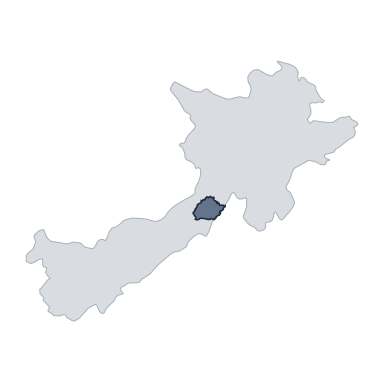 Viengthong, Bolikhamxai, Laos (highlighted), rotated 93°
{"feature_id": "54806243B87134843513913", "entity_name": "Viengthong", "entity_type": "district", "adm_level": 2, "iso_a3": "LAO", "parent_name": "Laos", "parent_adm1": "Bolikhamxai", "projection": "orthographic", "projection_center": [104.389, 18.699], "detail": "fine", "context": "in_parent", "style": "filled", "palette": "slate", "viewbox_px": 384, "rotation_deg": 93, "n_neighbors": 0, "source": "geoboundaries", "source_scale": "gbopen_adm2", "svg_char_len": 7853}
<svg xmlns="http://www.w3.org/2000/svg" viewBox="0 0 384 384"><g transform="rotate(93 192 192)"><path d="M129.2,34.5L131.1,38.1L140.0,47.9L141.6,50.5L144.9,52.6L147.6,61.2L148.7,61.7L150.3,61.2L151.4,60.0L152.4,56.6L153.0,56.3L154.0,59.0L156.6,59.9L157.7,61.1L158.0,63.2L157.6,65.3L155.4,70.2L154.1,76.7L162.9,91.0L166.6,92.9L175.5,95.3L181.6,98.4L184.4,97.7L187.1,94.2L190.3,92.2L196.3,89.2L198.1,89.1L201.4,90.3L206.8,93.8L215.1,100.4L214.8,102.1L213.3,103.8L208.9,106.5L207.5,108.1L208.3,108.8L212.0,109.2L216.4,110.7L217.7,112.4L218.4,116.3L219.2,117.0L223.3,116.6L224.5,117.1L226.0,118.4L227.4,121.7L227.4,124.1L223.4,128.4L222.9,131.0L220.8,134.1L215.3,139.2L213.8,139.5L203.6,136.7L195.5,137.1L194.9,138.2L196.2,141.3L196.6,144.4L195.3,146.7L190.7,149.7L190.5,151.1L191.4,152.4L198.2,155.2L219.9,170.0L229.9,172.8L234.2,174.7L235.4,175.7L235.3,177.0L234.2,178.7L233.3,181.6L233.2,183.3L234.3,185.0L236.0,187.5L242.1,193.2L246.6,194.5L251.4,200.9L252.8,206.5L255.1,210.1L266.6,222.2L276.1,229.7L281.9,237.7L284.6,239.5L285.5,242.4L286.3,250.9L289.7,255.2L290.4,256.9L291.8,258.1L293.4,258.3L296.8,255.5L297.4,255.9L299.0,260.4L300.4,262.0L305.5,264.7L310.9,270.0L313.8,271.9L317.4,273.4L318.0,275.1L317.3,276.9L316.2,278.0L310.0,281.3L309.2,282.7L313.4,289.5L323.9,297.9L327.2,303.0L326.5,305.5L323.8,310.5L321.6,311.9L321.1,313.5L322.7,317.6L322.6,323.8L320.7,325.4L318.9,329.3L317.6,329.6L314.4,328.2L307.8,335.0L304.9,334.7L301.6,338.4L297.2,339.0L294.2,336.2L287.8,331.9L285.5,329.2L283.5,331.6L280.2,333.9L275.4,333.1L274.2,336.5L273.3,337.1L267.5,337.7L266.5,338.2L267.4,341.3L270.8,346.3L271.9,349.3L269.8,354.1L263.8,354.0L261.1,352.1L257.8,348.0L250.1,345.4L245.0,347.3L243.5,347.2L239.6,343.8L238.2,341.6L237.3,338.3L243.1,335.6L246.1,333.5L248.0,331.3L248.8,329.0L249.7,319.5L250.5,316.1L250.0,312.0L248.4,308.8L248.4,303.9L249.2,300.0L251.4,298.0L252.9,295.1L253.8,288.8L253.1,287.2L250.9,285.6L247.3,284.2L245.0,282.3L244.0,280.0L244.1,278.1L245.2,276.3L242.4,274.5L235.8,272.4L232.1,269.9L231.3,267.0L228.6,263.1L223.8,258.4L221.3,251.5L221.1,242.6L221.6,235.3L223.6,226.8L220.9,220.7L217.8,217.5L213.6,215.2L209.6,211.8L205.8,207.4L201.3,200.8L196.0,192.2L192.5,188.3L190.6,189.2L186.8,188.4L181.0,185.9L175.9,184.5L171.6,184.3L168.7,184.9L167.4,186.2L167.3,187.5L168.4,188.8L167.8,189.8L165.5,190.5L163.7,191.9L161.6,195.0L160.1,199.2L158.0,200.7L154.6,201.1L151.4,202.2L148.1,204.2L146.6,205.7L146.7,206.8L146.0,207.0L144.5,206.4L143.7,205.0L143.8,202.9L142.2,201.4L138.8,200.6L135.0,198.3L127.8,192.2L126.1,191.9L123.7,193.4L120.5,196.7L117.9,198.0L115.9,197.3L114.3,198.5L113.1,201.5L111.1,203.9L101.1,210.2L92.1,218.3L89.9,219.0L84.6,216.6L82.9,214.9L90.5,198.1L91.7,194.0L91.6,188.5L88.5,183.9L88.4,182.6L89.0,181.2L92.8,176.0L97.4,162.5L97.2,158.3L95.4,153.6L94.4,149.2L95.4,143.2L95.1,140.9L93.1,139.7L86.4,138.4L82.6,139.3L80.7,140.8L78.4,141.8L74.2,142.3L70.3,140.2L67.0,136.7L66.3,132.4L70.7,123.5L71.8,120.0L71.7,118.3L71.0,116.6L70.0,116.3L68.0,114.2L66.0,110.3L64.1,108.6L62.2,108.9L60.5,110.3L57.7,113.7L56.8,113.3L59.5,100.8L62.0,95.5L64.8,93.1L67.7,92.1L70.7,92.6L73.2,92.2L75.3,90.9L75.1,90.2L72.7,89.9L71.8,88.5L72.3,85.8L73.5,84.1L75.1,83.4L76.8,80.7L78.5,76.2L80.4,73.9L82.6,73.9L86.4,72.0L91.9,68.2L94.0,64.6L96.0,66.3L95.2,70.6L96.2,71.6L96.7,73.1L96.4,75.5L96.8,77.6L97.6,78.6L98.7,79.1L104.5,77.5L108.0,77.4L113.6,80.6L117.0,78.3L117.1,77.5L114.4,74.4L115.4,63.5L115.2,55.1L110.6,48.9L109.7,46.4L109.3,42.4L108.0,38.9L111.4,36.2L113.3,31.1L115.7,29.9L116.4,30.1L119.2,34.0L122.9,32.1L125.6,32.1L128.0,33.2L129.2,34.5Z" fill="#d9dde1" stroke="#a8b0b8" stroke-width="1"/><path d="M200.6,182.4L200.8,182.4L200.9,182.2L201.1,182.2L201.3,182.1L201.5,182.2L201.6,182.3L201.8,182.4L202.0,182.5L202.3,182.7L202.4,183.0L202.5,183.1L202.8,183.3L202.8,183.5L202.9,183.8L203.3,184.5L203.6,185.0L203.8,185.3L204.5,186.0L205.1,186.0L205.4,185.9L205.5,186.0L205.8,186.2L206.0,186.3L206.3,186.3L206.6,186.6L207.0,186.7L207.3,186.5L207.5,186.6L207.7,186.8L207.8,187.1L208.2,187.4L208.4,187.6L208.9,187.7L209.1,187.9L209.2,188.1L209.4,188.1L209.5,188.0L209.7,187.9L210.1,187.6L210.4,187.8L210.6,188.2L211.0,188.7L211.3,188.9L211.9,189.3L212.1,189.5L212.8,189.8L213.0,189.9L213.3,189.8L213.7,189.4L213.7,189.2L214.5,188.6L215.2,188.5L215.5,188.4L215.7,188.2L216.0,187.8L216.0,187.3L216.1,187.2L216.4,187.1L216.6,187.0L217.0,186.9L217.7,186.8L218.2,187.0L218.4,187.1L218.8,187.3L219.2,187.3L219.2,187.2L219.1,186.8L219.1,186.6L219.1,186.4L219.4,186.2L219.5,185.6L219.5,185.1L219.5,184.9L219.3,184.4L219.0,183.9L218.9,183.5L218.6,183.3L218.2,183.1L218.0,182.7L218.0,181.9L217.8,181.4L217.7,181.1L217.7,180.5L217.9,179.7L217.9,177.8L218.0,177.4L218.2,176.9L218.0,176.4L218.0,176.2L218.1,175.9L218.3,175.8L218.4,175.7L218.5,175.4L218.5,175.0L218.6,174.7L218.7,174.1L218.7,173.9L218.4,173.6L218.2,173.1L218.3,172.9L218.3,172.7L218.2,172.5L218.4,172.3L218.4,172.2L218.2,172.1L217.9,172.2L217.7,172.0L217.7,171.7L217.7,171.4L217.7,171.2L217.7,170.9L217.6,170.7L217.6,170.3L217.6,170.2L217.8,169.9L217.8,169.7L218.0,169.5L218.3,169.4L218.3,169.2L218.3,168.9L218.5,168.7L218.4,168.6L218.3,168.4L218.3,168.2L218.1,168.1L217.9,167.9L217.8,167.7L217.7,167.7L217.2,167.6L217.0,167.4L216.9,167.3L216.7,167.2L216.8,166.9L216.4,166.7L216.1,166.6L215.8,166.5L215.6,166.4L215.4,166.2L215.2,166.3L215.0,165.9L214.8,165.8L214.8,165.6L214.6,165.4L214.5,165.1L214.4,164.9L214.2,164.8L214.2,164.7L213.9,164.4L213.8,164.1L213.8,163.9L213.8,163.6L213.5,163.4L213.4,163.3L213.3,163.2L213.2,163.3L212.9,163.4L212.7,163.3L212.6,163.2L212.4,162.9L212.4,162.7L212.1,162.5L211.8,162.5L211.6,162.4L211.5,162.5L211.4,162.6L211.3,163.0L211.2,163.1L210.8,162.9L210.8,163.0L210.7,163.0L210.4,163.2L210.3,162.9L210.1,162.9L209.9,162.7L209.7,162.4L209.4,162.4L209.6,162.0L209.5,161.9L209.3,161.8L209.1,161.5L209.0,161.4L208.8,161.3L208.7,161.1L208.7,160.9L208.8,160.7L208.7,160.5L208.6,160.4L208.3,160.4L208.1,160.3L208.0,160.2L207.9,160.2L207.7,160.0L207.5,159.8L207.3,159.9L207.1,159.9L207.0,160.0L206.9,159.9L206.7,159.8L206.6,159.7L206.4,159.7L206.1,159.5L205.7,159.4L205.4,159.2L205.2,159.0L205.3,158.8L205.1,158.3L204.9,158.4L204.7,158.2L204.4,158.1L204.2,158.1L204.3,158.2L204.4,158.4L204.2,158.5L204.2,158.8L204.1,159.0L204.0,159.3L203.9,159.4L203.9,159.7L203.8,159.8L203.7,159.8L203.7,160.0L203.8,160.1L203.7,160.2L203.7,160.3L203.7,160.7L203.6,161.0L203.4,161.3L203.5,161.6L203.5,161.8L203.6,162.0L203.8,162.2L203.8,162.3L203.8,162.5L204.0,162.7L203.9,162.9L203.9,163.2L203.9,163.3L203.8,163.5L203.6,163.6L203.6,163.8L203.4,164.0L203.2,164.1L202.9,164.0L202.6,164.2L202.3,164.2L202.3,164.3L202.2,164.4L202.2,164.5L201.9,164.4L201.8,164.6L201.7,164.6L201.6,164.8L201.6,165.1L201.7,165.3L201.8,165.2L201.9,165.4L202.0,165.4L202.0,165.5L201.9,165.8L202.1,165.8L202.1,166.4L201.9,166.5L201.7,166.6L201.7,166.4L201.4,166.6L201.2,166.7L201.2,166.8L201.0,166.7L200.8,166.8L200.5,166.7L200.4,166.5L200.2,167.1L200.1,167.5L199.7,168.0L199.5,168.4L199.6,168.8L199.6,169.0L199.2,169.2L199.0,169.5L198.8,169.6L198.6,169.9L198.3,170.2L198.1,170.3L197.9,170.3L197.5,170.0L197.4,170.0L197.2,169.7L196.9,169.7L196.4,169.8L196.2,170.0L196.1,170.7L196.3,171.2L196.5,171.5L196.5,171.9L196.3,172.4L196.1,172.6L196.2,172.8L195.9,172.9L195.9,173.1L195.6,173.2L195.4,173.5L195.5,173.6L195.6,173.8L195.7,174.0L195.8,174.1L196.3,174.6L196.8,175.2L196.7,175.2L196.6,175.5L196.3,175.8L196.3,176.4L196.1,176.7L196.0,176.8L197.0,177.8L197.4,178.0L197.7,178.1L197.8,178.0L198.0,178.2L198.0,178.3L198.3,178.4L198.5,178.4L198.5,178.5L198.8,178.8L198.8,179.0L199.0,178.9L199.1,179.0L199.2,179.4L199.5,179.5L199.5,179.8L199.6,180.0L199.4,180.0L199.5,180.1L199.5,180.3L199.4,180.3L199.4,180.8L199.7,181.2L199.8,181.1L199.7,181.2L199.8,181.3L200.0,181.3L200.3,181.5L200.6,181.7L200.5,181.8L200.6,182.0L200.7,182.3L200.6,182.4Z" fill="#64748b" stroke="#1e293b" stroke-width="1.5"/></g></svg>